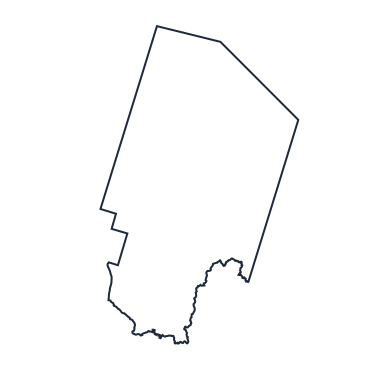 Tehuelches, Chubut, Argentina, rotated 285°
{"feature_id": "61730980B58139732195743", "entity_name": "Tehuelches", "entity_type": "district", "adm_level": 2, "iso_a3": "ARG", "parent_name": "Argentina", "parent_adm1": "Chubut", "projection": "albers", "projection_center": [-71.521, -44.219], "detail": "fine", "context": "isolated", "style": "outline", "palette": "slate", "viewbox_px": 384, "rotation_deg": 285, "n_neighbors": 0, "source": "geoboundaries", "source_scale": "gbopen_adm2", "svg_char_len": 5728}
<svg xmlns="http://www.w3.org/2000/svg" viewBox="0 0 384 384"><g transform="rotate(285 192 192)"><path d="M343.1,115.2L281.8,112.9L201.0,109.8L151.9,108.0L151.3,124.2L135.6,123.9L135.2,140.3L102.1,139.4L102.5,129.9L100.6,129.1L99.3,129.4L98.2,130.1L96.2,131.9L94.0,133.4L91.7,134.7L89.5,136.2L88.2,136.6L84.3,137.5L83.0,137.7L79.1,137.7L77.7,137.7L75.1,138.1L72.5,138.1L68.6,138.9L65.9,139.3L66.0,141.3L65.6,141.7L65.1,142.0L64.9,142.3L64.4,143.8L64.4,144.3L64.4,144.5L63.0,145.5L62.9,145.7L62.8,145.9L62.1,145.8L61.8,146.3L61.8,147.2L61.6,147.6L61.6,148.2L61.3,149.0L60.0,150.9L59.8,151.6L59.8,152.2L59.5,152.5L59.2,153.2L58.7,153.8L58.2,154.4L57.8,154.8L57.3,155.6L57.1,156.8L57.3,157.5L57.4,157.9L57.2,158.2L57.0,158.3L56.8,158.6L56.7,159.3L56.4,160.1L56.1,160.3L55.9,160.6L55.9,160.8L55.6,161.3L55.1,162.5L54.6,163.0L54.6,164.1L54.5,164.3L54.1,164.6L53.3,164.9L53.2,165.0L53.1,165.6L53.2,166.3L52.9,167.4L52.8,167.7L52.0,168.4L51.6,169.2L51.1,169.6L50.4,170.6L49.9,170.6L48.8,171.4L46.8,171.4L46.3,171.3L45.7,171.7L45.3,171.6L44.3,171.9L43.1,171.9L41.8,170.5L41.0,170.9L40.3,171.1L40.1,171.3L39.9,172.2L40.0,172.9L39.9,173.4L39.6,174.1L39.6,174.5L39.7,174.9L40.1,175.4L40.7,176.4L41.0,177.7L40.9,178.3L40.2,179.3L40.1,179.6L40.2,179.9L41.0,180.9L41.3,180.6L41.6,180.5L42.7,181.4L43.1,182.1L43.6,182.7L44.3,183.6L44.4,184.1L44.5,184.4L44.6,184.5L45.0,185.0L45.9,185.4L46.4,185.9L46.5,186.2L46.1,186.9L46.6,188.4L46.6,189.0L46.3,189.7L46.3,190.1L46.6,190.2L47.6,190.0L48.2,190.2L48.8,189.8L49.0,190.5L48.7,191.0L48.7,191.3L49.0,191.6L48.9,191.8L48.7,191.8L47.9,191.4L47.3,191.9L46.7,191.9L45.4,192.5L45.2,192.7L45.4,192.9L45.7,192.9L45.8,193.3L45.7,193.6L44.9,194.0L44.7,194.4L45.2,194.6L45.6,195.1L45.7,196.0L44.7,196.6L45.2,197.3L45.6,197.5L45.6,198.0L45.3,198.4L45.1,198.5L44.8,198.5L44.3,198.2L44.1,198.1L43.6,198.3L42.9,198.3L43.0,198.8L42.6,199.3L42.7,199.5L43.3,199.6L43.7,199.8L44.5,199.8L45.2,199.9L46.0,200.4L45.5,200.8L45.5,201.0L45.9,201.5L45.4,202.3L45.3,203.4L45.5,203.7L45.8,203.8L46.0,204.4L46.2,204.7L46.5,205.6L46.8,206.0L47.2,206.4L47.4,207.0L47.4,207.4L47.5,208.1L47.7,208.6L47.9,208.8L47.9,209.1L47.7,209.4L47.7,210.0L48.1,210.8L48.1,211.2L48.0,211.5L47.3,211.8L46.5,212.6L46.1,212.7L45.4,212.6L45.1,212.6L44.6,212.8L43.8,213.8L43.2,213.9L42.7,214.4L41.8,214.2L41.4,214.6L41.4,215.1L41.6,215.4L41.8,216.0L42.1,216.4L42.4,216.6L42.8,217.1L42.7,217.3L42.0,217.7L42.1,218.1L42.7,218.7L43.6,219.0L44.1,219.4L44.2,219.6L44.3,219.9L44.3,220.1L43.9,220.5L43.8,220.9L43.9,221.1L43.9,221.4L43.7,221.6L43.8,222.3L44.1,222.6L44.6,222.6L45.8,223.3L45.9,223.5L45.9,223.9L45.8,224.2L45.6,224.7L45.3,225.1L45.0,225.3L44.8,225.5L44.7,225.9L44.5,226.4L44.6,226.6L45.0,226.9L46.1,227.2L46.4,227.2L47.9,226.5L48.8,225.8L49.6,225.5L49.8,225.2L50.1,225.2L50.6,225.5L50.9,225.4L51.3,224.4L52.1,224.1L52.8,223.6L54.0,223.7L54.8,223.5L55.1,223.0L56.8,221.9L57.0,221.6L57.2,221.2L57.2,220.4L57.5,220.0L57.9,219.9L58.4,219.9L58.9,220.3L59.2,220.2L59.6,220.2L60.1,220.3L60.3,220.7L59.8,221.3L59.7,221.7L60.1,222.7L60.2,223.0L60.4,223.2L61.7,223.6L62.3,224.4L62.9,224.7L63.4,225.2L64.4,225.0L64.9,225.3L65.2,225.1L65.4,224.9L65.9,224.9L66.2,224.5L66.9,224.3L67.1,224.0L67.2,223.6L67.4,223.4L69.8,223.5L70.2,223.4L71.0,224.0L71.8,223.7L72.6,223.6L73.4,223.4L73.9,223.4L74.6,224.5L75.9,224.6L77.8,225.2L78.7,225.2L79.2,225.0L80.3,224.8L80.6,224.4L81.8,223.7L82.3,223.1L83.6,222.8L84.0,222.5L84.9,223.0L85.4,223.1L86.2,223.5L86.8,223.5L87.1,223.4L87.8,222.9L89.3,222.2L89.6,221.6L89.8,221.6L91.2,222.6L91.7,222.9L92.7,222.9L95.0,222.2L95.6,221.6L96.7,221.9L97.2,222.3L97.4,222.1L97.9,221.8L99.8,221.0L100.1,221.0L100.6,221.3L101.2,222.0L101.7,222.1L102.2,221.9L102.7,222.0L102.8,222.1L102.7,222.5L102.7,222.9L102.8,223.1L103.4,223.4L104.5,224.3L104.0,224.8L103.9,225.4L104.9,228.1L106.0,227.1L106.6,227.0L106.9,227.1L107.1,227.5L107.3,228.1L108.1,228.6L109.1,228.9L109.7,229.0L109.9,228.6L110.0,228.3L110.2,228.0L110.6,227.9L112.1,227.8L113.0,228.0L114.0,227.9L114.6,228.1L115.5,228.0L116.0,227.7L116.6,227.2L117.6,226.8L118.2,226.8L118.8,226.9L119.5,227.3L119.9,227.8L120.1,228.7L120.6,229.7L121.0,230.1L121.3,230.3L121.9,230.4L122.6,229.9L123.0,229.7L124.8,230.3L126.3,231.1L127.7,230.8L127.9,230.8L128.2,231.1L129.1,232.6L129.6,233.4L130.0,234.0L130.2,234.6L130.9,234.8L131.2,235.0L131.6,235.8L131.8,236.0L132.5,236.2L133.3,236.8L133.2,237.0L132.1,238.1L131.5,238.3L130.8,238.8L130.7,239.0L130.7,239.5L130.5,240.0L130.2,240.2L130.1,240.4L129.4,240.9L129.4,241.0L128.9,241.5L128.8,241.8L128.9,242.0L129.3,242.3L129.5,242.7L129.9,242.5L130.1,242.5L130.4,242.8L131.0,242.8L131.5,243.3L132.7,242.9L133.5,243.3L133.9,243.9L133.9,244.3L134.1,244.4L134.4,244.6L134.9,244.5L135.4,244.9L135.7,245.2L136.0,246.1L136.1,246.3L137.5,247.1L138.2,247.8L138.1,248.5L137.7,249.0L137.8,249.4L137.6,250.0L137.5,250.7L137.4,250.9L136.9,251.2L136.6,251.6L137.0,252.1L137.3,252.8L137.3,253.0L137.2,253.2L136.8,253.5L136.7,253.8L137.0,254.3L137.1,254.5L137.0,254.9L136.9,255.3L136.3,255.5L136.3,255.8L136.4,256.4L137.4,257.5L137.2,258.0L136.8,258.3L136.3,258.4L135.5,258.2L135.3,258.6L134.5,259.4L133.7,259.0L133.4,259.6L132.2,259.3L131.4,258.9L131.1,258.5L130.7,258.5L130.2,258.7L128.7,258.7L128.0,259.3L127.8,259.5L127.2,259.9L126.7,259.8L126.5,259.3L125.6,258.9L124.0,258.4L124.0,258.9L124.1,259.5L124.8,260.1L124.8,260.3L124.3,260.6L124.2,260.9L124.2,261.3L124.1,261.5L123.7,262.0L123.1,262.3L123.0,262.8L122.9,262.9L122.1,263.0L122.0,263.4L122.0,263.8L122.6,264.2L122.9,264.6L122.2,264.9L122.4,265.6L122.3,265.9L122.0,266.4L121.3,266.4L120.7,266.7L120.5,267.1L120.4,267.4L120.0,266.9L119.5,267.4L120.0,268.0L119.6,268.8L119.6,269.4L119.8,269.7L226.1,273.7L289.2,276.0L344.4,180.6L343.1,115.2Z" fill="none" stroke="#1e293b" stroke-width="2"/></g></svg>